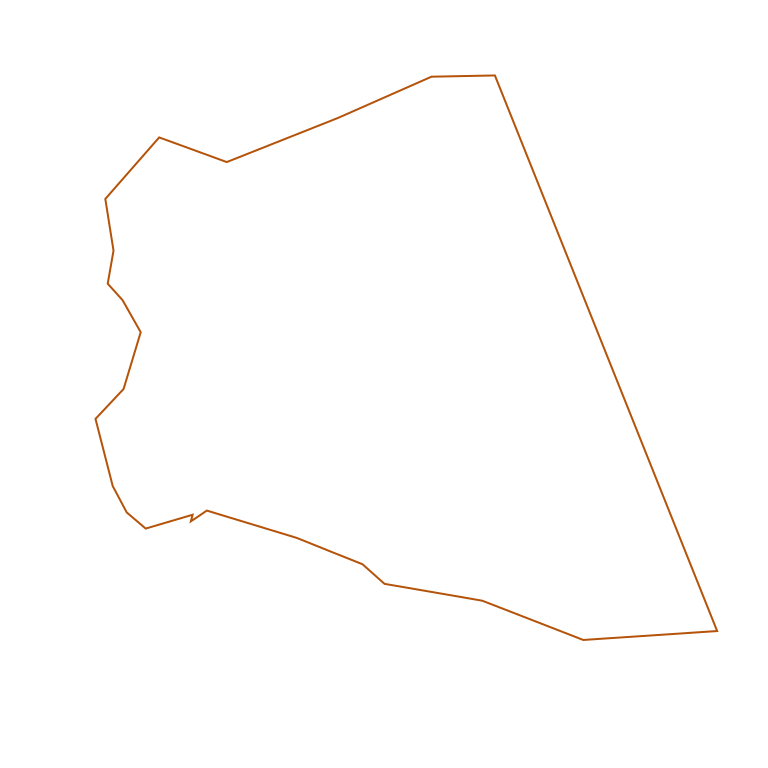 outline of Terre Blanche, Soufrière, Saint Lucia, rotated 261°
{"feature_id": "8701671B18283500133998", "entity_name": "Terre Blanche", "entity_type": "district", "adm_level": 2, "iso_a3": "LCA", "parent_name": "Saint Lucia", "parent_adm1": "Soufrière", "projection": "orthographic", "projection_center": [-61.05, 13.842], "detail": "fine", "context": "isolated", "style": "outline", "palette": "amber", "viewbox_px": 768, "rotation_deg": 261, "n_neighbors": 0, "source": "geoboundaries", "source_scale": "gbopen_adm2", "svg_char_len": 547}
<svg xmlns="http://www.w3.org/2000/svg" viewBox="0 0 768 768"><g transform="rotate(261 384 384)"><path d="M278.6,171.8L282.1,179.5L286.7,189.2L245.7,273.6L227.4,304.2L209.3,334.6L191.2,349.4L186.5,353.3L156.9,440.4L154.6,447.1L100.0,540.8L98.5,557.6L87.9,674.4L589.6,560.4L671.4,541.8L680.1,478.9L654.0,380.2L627.8,263.4L653.3,217.5L662.7,200.5L610.4,137.7L558.0,137.7L526.3,126.8L507.7,138.9L473.2,151.8L419.8,126.0L394.7,93.6L325.6,100.1L297.4,109.8L278.5,126.0L284.8,174.5L278.6,171.8Z" fill="none" stroke="#b45309" stroke-width="2"/></g></svg>